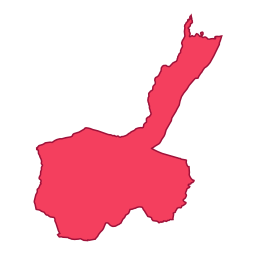 Chivatá, Boyacá, Colombia (Albers equal-area conic projection)
{"feature_id": "7082276B72366635379650", "entity_name": "Chivatá", "entity_type": "district", "adm_level": 2, "iso_a3": "COL", "parent_name": "Colombia", "parent_adm1": "Boyacá", "projection": "albers", "projection_center": [-73.258, 5.58], "detail": "fine", "context": "isolated", "style": "filled", "palette": "rose", "viewbox_px": 256, "rotation_deg": 0, "n_neighbors": 0, "source": "geoboundaries", "source_scale": "gbopen_adm2", "svg_char_len": 5835}
<svg xmlns="http://www.w3.org/2000/svg" viewBox="0 0 256 256"><path d="M221.7,36.0L221.0,36.1L219.3,36.5L216.6,36.4L215.4,36.6L214.8,37.2L215.0,37.7L215.6,38.0L215.5,38.6L215.2,38.8L214.3,38.8L212.9,38.6L210.9,38.8L209.5,39.2L208.0,39.1L206.5,37.6L205.3,37.0L204.6,37.0L203.0,37.5L202.2,37.2L201.9,36.5L201.9,36.0L202.1,35.5L202.6,34.9L203.0,34.1L203.0,33.0L202.9,32.5L202.5,32.2L202.2,32.1L200.9,32.6L200.6,33.1L200.8,33.9L201.2,34.6L201.0,35.6L201.2,36.4L200.8,36.5L199.7,36.3L198.0,34.3L196.7,33.7L196.0,34.3L195.1,35.9L194.6,36.3L194.1,36.4L193.1,36.3L192.4,35.7L192.1,35.7L191.4,36.0L190.9,36.4L189.8,36.7L189.6,36.5L189.4,36.1L190.0,34.5L190.1,33.3L189.2,31.2L189.4,29.5L189.3,29.3L188.6,29.0L188.3,28.7L188.3,27.7L189.2,27.0L190.2,25.9L190.5,23.9L190.8,23.6L191.6,23.4L192.4,22.2L192.2,21.5L192.3,20.9L191.7,19.4L191.8,18.7L191.3,16.6L191.1,15.4L190.7,16.0L190.3,16.1L190.0,16.5L189.8,17.3L189.8,17.8L190.3,18.7L190.3,18.9L189.9,19.1L189.1,19.2L189.1,19.7L189.0,19.9L188.2,19.6L187.7,20.0L187.9,21.2L187.8,21.4L186.4,22.5L185.5,24.3L184.9,24.9L184.6,26.3L184.9,27.7L184.4,31.5L184.9,35.9L184.8,36.5L183.5,39.0L182.5,40.5L181.8,42.5L181.7,43.0L181.8,44.0L182.3,44.5L182.4,45.2L182.4,46.7L182.2,47.3L181.6,48.2L180.6,50.6L180.6,52.2L180.4,52.8L179.7,53.3L179.0,54.1L178.6,55.5L177.9,56.4L177.6,58.3L177.2,58.9L177.2,59.7L176.4,61.3L175.0,61.8L174.5,62.4L173.6,62.5L173.0,62.9L169.8,66.3L169.3,66.6L168.1,66.5L167.0,66.2L166.0,65.4L163.7,65.5L163.1,65.8L162.4,66.3L161.3,68.0L161.2,69.8L160.9,71.3L160.5,71.8L158.9,75.1L158.4,75.8L157.5,76.6L155.6,77.6L155.0,78.6L154.8,80.1L154.9,80.8L155.3,81.8L155.3,83.3L155.1,84.0L154.7,84.6L154.0,85.2L153.1,86.3L152.9,87.1L152.7,89.5L152.0,90.4L150.5,91.2L149.5,92.5L148.9,93.1L148.7,93.8L148.9,96.4L148.2,97.7L147.9,100.2L148.2,102.0L148.8,103.4L148.8,104.2L149.2,105.4L149.5,106.0L149.4,107.5L149.6,108.8L150.1,109.9L150.3,111.3L150.8,112.4L151.1,114.0L150.2,115.7L149.7,116.0L149.3,116.7L149.1,116.8L148.3,117.0L147.8,117.3L147.0,118.0L146.5,118.5L146.4,119.7L146.5,121.7L146.4,122.2L144.8,123.3L143.9,124.4L143.7,125.0L143.7,126.0L143.4,126.3L143.4,127.1L143.2,127.4L142.3,127.8L140.9,127.6L138.3,128.0L135.9,128.8L135.7,129.1L134.3,130.4L131.9,131.5L130.7,132.2L130.2,132.8L129.0,133.4L128.2,133.9L127.9,134.4L126.1,135.5L123.3,136.5L121.5,136.6L120.5,137.2L119.8,137.2L119.1,136.9L118.4,136.2L117.9,136.0L116.5,136.5L115.2,136.2L114.9,136.0L114.8,135.7L114.5,135.6L114.0,135.5L113.0,135.8L110.7,134.8L109.9,134.8L108.1,134.5L97.9,130.9L92.8,129.6L90.3,128.6L88.2,128.1L85.9,127.8L85.5,128.1L84.9,128.2L84.1,129.2L79.1,132.1L73.9,133.7L72.9,134.5L72.3,136.0L70.7,136.9L65.9,137.7L61.8,138.8L59.9,138.8L57.9,139.3L56.6,139.7L54.6,140.7L52.2,142.4L50.0,142.2L45.6,142.8L44.9,143.1L44.0,143.8L42.4,144.6L39.4,145.5L38.9,145.7L37.7,147.1L37.1,148.3L36.8,148.6L36.7,148.5L36.7,149.4L36.9,149.6L37.4,149.4L37.6,149.5L37.7,149.9L38.3,150.5L38.5,153.5L39.7,155.7L39.9,156.7L41.2,159.5L41.5,160.8L41.6,161.7L41.3,163.1L41.4,163.7L42.4,164.9L42.5,165.3L41.5,167.3L41.4,168.0L41.5,169.5L40.7,171.6L40.5,174.8L39.4,176.9L39.1,178.1L39.4,178.9L40.7,179.9L41.1,180.7L41.0,181.5L40.5,182.9L40.9,183.4L40.9,183.9L40.1,184.8L38.8,187.9L37.3,189.3L37.2,189.8L37.3,191.6L36.9,192.9L35.9,194.6L35.6,195.7L34.3,201.1L34.3,202.1L35.1,204.3L36.1,209.2L36.3,209.4L39.1,209.9L40.4,210.4L41.3,211.2L44.1,212.2L45.8,214.5L46.5,215.0L47.8,215.1L49.1,216.2L50.3,216.9L53.8,217.4L54.4,217.8L55.0,219.3L54.9,220.8L56.1,223.6L58.4,230.7L59.8,233.5L58.5,234.0L57.6,234.8L59.3,236.9L61.6,236.8L62.8,237.2L68.1,237.5L69.0,238.2L70.3,238.5L71.7,239.1L74.5,239.4L78.5,239.1L80.4,238.7L83.8,240.3L87.7,240.6L87.9,239.9L89.4,240.2L94.2,239.3L95.2,239.2L96.4,237.6L97.5,236.5L98.5,234.6L100.3,232.2L102.4,230.1L103.4,228.6L105.3,223.9L105.6,223.3L106.2,222.9L107.0,222.8L108.1,223.1L110.3,225.3L111.6,226.0L112.8,226.4L115.2,226.2L116.7,225.5L117.7,224.8L118.8,224.5L120.1,223.5L120.9,223.1L122.8,219.3L124.6,217.5L125.5,215.6L125.8,215.1L127.9,213.8L128.5,213.3L129.3,211.7L130.0,209.5L132.5,209.1L133.9,208.5L135.7,208.1L136.6,207.5L139.0,206.9L141.2,207.0L142.3,207.4L142.5,207.6L143.4,209.6L144.4,210.8L147.8,216.4L150.3,217.1L151.2,217.6L151.5,217.8L151.8,219.1L152.2,219.7L153.0,220.6L155.5,221.0L156.7,221.1L158.2,221.9L158.6,222.5L158.8,222.7L159.6,222.6L160.5,222.0L161.0,221.9L161.7,222.2L162.2,221.9L162.9,222.0L163.1,221.8L163.2,221.4L163.5,221.0L165.5,221.1L166.2,221.4L166.8,221.2L167.7,220.4L169.0,220.4L169.7,219.7L170.4,219.5L171.7,219.6L173.0,219.5L172.9,218.4L173.6,214.5L173.3,213.3L173.4,213.0L175.0,212.4L175.4,211.9L175.7,210.7L176.4,209.9L177.2,208.3L178.5,207.7L179.3,207.5L180.2,207.8L180.8,207.8L181.3,207.5L181.8,206.0L182.9,205.6L183.6,205.2L185.6,203.7L185.9,203.1L185.9,202.5L184.2,201.7L183.4,200.8L183.2,200.2L183.3,199.7L185.4,197.9L186.2,196.1L186.4,195.5L186.3,194.8L185.5,193.6L185.8,191.9L186.5,190.6L186.6,189.7L186.9,189.1L187.6,188.3L189.2,187.6L189.8,186.6L189.5,186.1L188.5,185.8L188.4,185.7L188.3,184.9L188.5,184.5L188.8,184.3L190.5,184.0L190.9,183.7L191.4,182.7L192.3,182.6L192.8,182.4L193.9,181.1L194.0,180.7L194.0,180.4L193.7,180.2L192.7,180.1L191.1,178.6L189.6,176.0L189.2,174.7L189.4,172.5L189.0,166.7L188.2,166.7L187.8,166.4L187.0,165.1L186.2,162.6L186.4,160.3L186.0,160.0L181.3,159.2L180.3,158.5L178.5,158.3L178.1,158.0L176.9,157.7L162.3,153.5L157.7,151.6L154.2,149.9L151.7,148.5L152.3,147.8L152.9,147.7L155.1,146.1L158.9,143.8L159.8,142.9L160.8,141.3L161.7,139.5L164.1,136.0L164.9,134.2L166.1,129.9L171.3,120.8L171.7,118.5L172.0,117.7L176.0,111.2L176.6,109.8L179.2,105.1L180.0,101.1L181.5,96.6L183.7,93.1L187.0,89.0L189.2,85.3L194.6,79.0L195.5,78.3L196.7,78.3L198.0,78.1L198.8,76.3L200.8,73.2L201.5,72.6L202.7,70.5L204.5,67.9L206.6,66.5L208.2,64.9L210.1,62.5L213.8,55.8L219.3,44.5L219.4,42.8L220.2,40.9L221.7,36.0Z" fill="#f43f5e" stroke="#9f1239" stroke-width="1.5"/></svg>